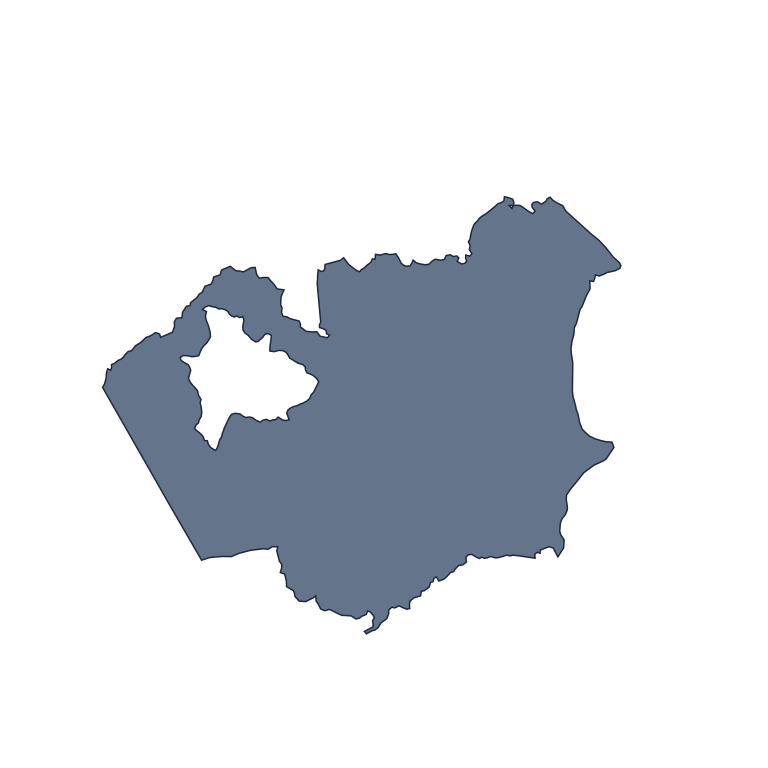 the district of Pelotas, Rio Grande do Sul, Brazil, rotated 303°
{"feature_id": "56859067B94583558960101", "entity_name": "Pelotas", "entity_type": "district", "adm_level": 2, "iso_a3": "BRA", "parent_name": "Brazil", "parent_adm1": "Rio Grande do Sul", "projection": "natural_earth1", "projection_center": [-52.336, -31.561], "detail": "fine", "context": "isolated", "style": "filled", "palette": "slate", "viewbox_px": 768, "rotation_deg": 303, "n_neighbors": 0, "source": "geoboundaries", "source_scale": "gbopen_adm2", "svg_char_len": 6113}
<svg xmlns="http://www.w3.org/2000/svg" viewBox="0 0 768 768"><g transform="rotate(303 384 384)"><path d="M136.9,327.0L143.0,331.9L145.1,334.2L149.7,340.2L151.5,342.6L156.1,350.0L163.1,354.7L171.9,362.7L179.9,372.3L182.4,376.9L186.9,379.1L189.6,383.6L185.7,384.9L178.5,392.7L177.0,396.5L174.1,398.3L169.4,399.7L170.5,404.1L165.9,409.2L161.0,412.6L161.3,420.6L159.7,422.9L157.3,425.1L155.7,431.1L158.7,436.7L166.1,441.1L169.1,442.2L164.9,445.4L163.9,448.2L160.8,453.4L161.7,458.0L165.1,460.8L165.8,465.0L166.1,468.6L167.0,474.6L171.6,482.6L171.7,488.6L174.5,491.1L177.2,491.9L181.0,494.6L184.8,493.9L185.3,496.9L184.2,500.9L182.7,503.3L179.3,503.3L174.7,507.2L165.8,502.3L164.9,505.3L170.7,508.5L172.7,510.4L176.8,511.8L181.6,511.5L188.6,514.1L194.0,513.0L197.0,511.1L201.1,512.1L202.0,514.9L206.1,517.4L206.7,521.6L207.6,525.9L209.7,527.8L213.4,525.1L215.9,524.1L220.9,525.4L226.2,530.1L230.5,528.2L232.5,530.3L238.2,532.5L243.0,531.1L244.9,532.8L248.5,531.6L250.8,533.1L248.6,537.2L252.7,540.4L256.5,541.5L261.9,542.4L264.7,544.6L267.2,544.5L272.3,545.4L275.4,548.7L279.6,550.1L283.2,547.1L286.8,547.7L288.9,550.6L289.1,556.4L289.7,559.2L292.0,560.3L292.6,563.2L294.6,565.4L297.5,567.4L298.7,571.8L300.2,574.0L303.9,577.3L307.4,580.1L308.4,583.3L310.3,584.9L313.1,590.1L320.2,605.6L323.3,603.2L326.4,604.2L327.1,607.1L329.7,605.4L337.3,610.9L338.7,615.1L333.7,624.0L344.4,623.9L351.2,620.1L354.0,614.1L356.2,611.6L359.6,609.7L363.8,607.5L368.3,606.7L373.6,607.2L377.8,606.4L380.2,605.2L386.5,599.7L390.2,597.6L392.9,597.6L396.4,597.6L409.4,599.0L412.9,599.3L418.5,599.9L430.3,604.3L439.3,610.0L442.4,611.1L456.0,611.4L459.4,606.8L456.4,601.4L454.9,597.4L453.1,591.3L452.7,588.5L452.2,584.2L453.1,579.2L453.9,575.1L458.2,569.1L462.8,564.6L464.6,562.8L467.2,559.2L469.6,557.0L474.3,551.8L476.2,549.5L480.9,545.7L504.1,531.1L507.3,528.4L511.2,524.8L515.1,521.8L521.6,518.6L529.0,516.2L534.5,513.1L540.2,512.2L553.6,507.7L556.3,508.0L568.6,505.6L576.0,505.0L582.6,500.4L584.1,503.9L587.5,503.1L590.7,502.0L591.7,505.6L596.1,508.7L598.8,510.2L605.1,516.3L609.5,518.8L612.3,518.2L614.0,515.3L615.3,507.2L619.3,495.4L621.7,485.3L622.8,474.8L628.1,442.1L630.9,436.8L630.0,429.5L630.1,425.5L631.1,421.5L628.1,419.9L625.6,420.4L620.6,418.0L620.3,413.3L617.8,410.6L615.2,410.2L612.8,412.1L611.2,416.6L607.9,416.0L607.5,411.0L607.8,405.2L607.8,400.7L604.4,395.2L607.0,394.1L609.1,391.3L607.9,386.4L606.7,383.0L602.9,384.8L600.6,383.9L597.1,381.3L594.3,380.7L584.9,377.7L581.6,376.5L577.5,374.5L574.7,373.7L571.2,373.5L567.3,372.6L563.5,373.3L559.2,374.4L555.4,375.9L552.4,377.3L549.3,377.3L546.9,380.9L543.1,382.4L541.2,386.7L538.0,386.3L536.7,382.3L534.0,383.9L532.0,386.4L529.3,386.1L527.0,383.8L526.6,378.7L530.5,378.1L531.0,375.3L528.6,372.6L528.5,369.2L525.5,366.1L521.6,366.8L518.8,364.4L516.5,358.9L512.8,357.3L508.8,356.4L506.3,353.3L504.3,348.7L503.3,344.9L503.8,341.0L500.6,341.6L497.1,341.5L494.3,337.4L494.6,332.8L497.9,327.2L499.6,322.9L497.5,320.7L495.7,318.4L494.3,314.4L490.0,310.5L488.1,306.2L483.9,308.6L482.5,306.1L479.7,306.7L477.2,306.1L474.5,305.1L470.5,304.2L467.7,302.7L464.8,302.4L464.2,299.3L465.0,289.4L467.9,281.4L464.0,280.1L452.2,269.5L448.7,271.3L446.2,271.9L444.2,270.1L443.9,266.7L438.5,269.4L435.7,271.2L431.9,273.2L401.3,297.3L398.5,297.6L396.3,299.1L397.1,302.3L397.5,306.2L394.8,308.4L395.3,311.7L392.0,311.4L389.3,304.4L391.2,299.2L388.7,295.7L385.7,289.9L386.2,285.5L386.3,282.6L388.6,281.4L390.6,278.5L388.8,273.2L387.6,269.3L387.5,266.0L385.8,262.5L388.1,259.1L392.5,256.9L394.1,254.2L400.6,250.4L404.1,249.5L408.5,248.9L405.6,242.6L407.6,237.6L408.7,233.3L410.1,228.7L407.4,224.5L404.8,221.9L406.5,217.6L409.1,214.9L411.6,212.4L409.2,209.2L401.6,205.1L398.3,197.7L399.0,191.0L391.2,185.7L386.3,187.1L380.9,182.8L377.9,184.1L373.7,184.6L371.3,182.7L368.4,180.6L361.7,181.6L359.2,180.2L354.4,180.0L350.2,178.6L346.7,177.5L344.1,178.7L341.7,176.0L334.4,176.0L329.6,178.4L326.1,174.1L321.9,174.3L318.1,177.0L312.2,178.4L301.5,171.3L303.7,168.5L302.7,164.4L298.5,162.5L296.1,161.2L293.4,159.0L286.7,157.5L280.6,154.7L274.5,154.2L271.8,151.7L267.5,150.9L264.3,150.7L261.6,149.9L258.9,148.1L254.6,146.8L251.9,144.9L249.4,146.6L246.7,147.3L246.3,144.0L242.1,145.2L238.0,147.6L231.8,149.6L227.9,149.8L217.7,169.5L208.0,188.4L194.5,214.5L182.6,237.6L176.0,250.4L167.4,266.9L136.9,327.0ZM302.5,323.9L300.0,321.8L298.6,318.7L298.6,313.3L295.0,312.5L293.5,310.2L290.9,308.7L290.2,304.4L287.6,302.2L284.6,301.0L283.9,296.8L284.1,292.0L283.0,289.1L280.6,286.3L280.2,283.3L280.5,279.6L278.4,275.2L275.5,272.6L271.4,272.5L267.4,273.1L263.1,273.7L260.1,274.0L257.3,274.9L254.9,275.2L251.5,276.6L248.0,276.5L244.4,277.6L241.7,278.5L238.9,279.0L236.5,278.9L236.3,273.2L237.9,269.4L240.2,266.7L238.8,264.3L241.6,260.5L242.6,255.9L242.9,252.5L243.5,249.2L247.5,248.8L250.2,249.6L253.3,248.5L257.0,248.4L260.6,246.8L263.1,244.9L265.6,242.7L268.1,240.0L271.3,239.0L273.6,234.4L276.6,231.6L278.0,227.5L278.9,223.7L280.2,220.1L282.1,217.1L286.2,215.6L290.2,214.5L292.5,211.6L293.6,208.8L293.2,205.0L293.3,201.0L295.0,198.7L298.4,199.9L301.1,204.7L302.2,208.0L304.4,210.8L306.8,213.2L311.2,212.3L314.9,211.9L318.1,212.1L321.7,213.0L325.2,213.0L329.2,212.7L332.7,210.0L335.1,207.4L337.4,204.8L340.1,200.9L343.5,197.3L348.0,195.7L347.8,191.2L350.9,192.0L354.2,194.2L355.4,198.2L356.7,201.0L357.0,204.7L358.8,206.9L359.7,210.0L359.8,213.5L358.4,216.2L358.0,219.2L358.7,222.0L360.9,223.4L361.1,226.8L363.6,228.9L361.3,231.7L358.8,232.8L355.4,234.1L352.4,236.4L351.1,239.4L350.8,243.8L349.4,248.2L349.3,253.2L351.2,255.3L353.7,255.9L357.2,256.9L360.9,257.0L363.3,259.6L363.3,263.2L360.3,264.7L357.5,266.0L353.6,267.8L349.5,270.3L351.3,274.3L354.9,277.5L356.8,280.8L357.3,284.5L356.1,287.5L354.4,290.7L354.5,295.5L354.6,300.7L356.1,305.1L355.5,308.4L353.1,310.5L351.4,313.3L352.1,316.3L352.6,319.6L352.0,324.3L350.3,328.0L346.3,328.6L342.2,329.1L338.7,329.4L335.1,328.7L331.5,329.6L327.5,328.5L323.9,326.5L321.2,324.5L318.2,322.7L315.9,320.5L313.4,318.9L310.1,317.6L306.7,318.2L304.2,321.4L302.5,323.9ZM604.4,395.2L601.0,395.7L601.9,391.8L604.4,395.2Z" fill="#64748b" stroke="#1e293b" stroke-width="1.5"/></g></svg>